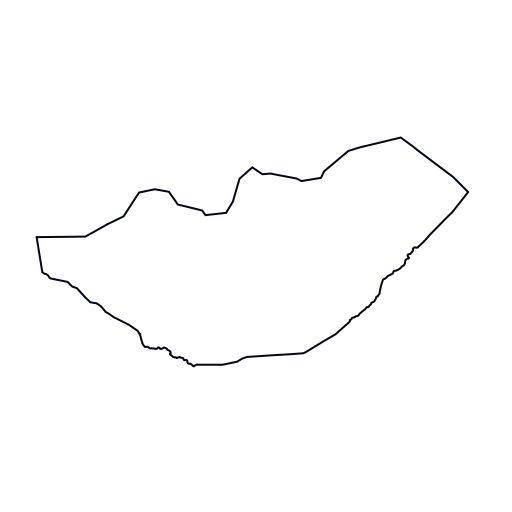 Santa Lucía Miahuatlán, Oaxaca, Mexico (Robinson projection), rotated 85°
{"feature_id": "50627088B60870916412077", "entity_name": "Santa Lucía Miahuatlán", "entity_type": "district", "adm_level": 2, "iso_a3": "MEX", "parent_name": "Mexico", "parent_adm1": "Oaxaca", "projection": "robinson", "projection_center": [-96.604, 16.179], "detail": "fine", "context": "isolated", "style": "outline", "palette": "ink", "viewbox_px": 512, "rotation_deg": 85, "n_neighbors": 0, "source": "geoboundaries", "source_scale": "gbopen_adm2", "svg_char_len": 3397}
<svg xmlns="http://www.w3.org/2000/svg" viewBox="0 0 512 512"><g transform="rotate(85 256 256)"><path d="M210.8,39.1L194.7,52.5L165.3,85.2L160.4,90.3L150.6,101.5L156.8,143.0L159.4,154.9L177.5,180.7L183.8,184.5L185.3,204.2L182.4,208.7L177.8,225.0L175.1,234.6L175.1,242.5L167.4,252.0L177.6,265.7L199.8,274.3L210.4,282.0L210.9,302.8L206.0,305.6L197.9,329.4L184.4,337.2L180.7,351.1L182.6,367.0L205.0,384.5L211.3,401.0L221.8,424.3L218.1,472.9L253.2,470.3L253.5,470.3L255.4,468.1L255.6,466.8L257.2,464.9L259.4,463.7L260.4,462.8L265.4,445.9L268.3,443.6L270.4,441.7L272.6,437.1L282.0,430.0L287.7,425.0L289.2,419.0L292.3,415.2L294.8,413.2L298.5,410.8L300.6,407.7L304.4,403.2L304.5,403.1L313.6,388.4L320.3,380.3L323.5,378.9L323.7,378.3L323.8,378.1L325.2,378.3L326.1,378.0L327.2,377.8L328.5,377.8L329.4,377.4L330.1,377.4L331.2,377.1L332.2,376.8L333.3,376.8L334.1,376.3L335.3,375.8L336.4,374.9L337.1,374.3L337.0,373.8L336.9,373.6L336.9,373.1L336.9,372.4L337.4,371.3L338.2,370.5L338.8,369.7L338.9,368.7L338.8,367.9L339.1,367.2L339.1,366.2L339.6,365.2L339.4,364.9L339.7,364.3L339.7,363.8L339.8,363.1L339.5,362.3L339.0,361.9L338.6,361.6L338.6,360.9L338.8,360.4L339.4,360.0L340.3,359.2L340.3,358.4L340.0,357.3L339.5,356.4L339.2,355.5L339.4,354.9L340.0,353.9L340.5,353.1L341.3,352.7L341.9,352.1L342.5,351.0L343.2,350.1L343.8,349.6L344.4,349.4L344.8,349.6L345.4,350.0L346.3,350.1L346.4,349.5L347.3,349.5L347.9,348.7L348.8,347.9L349.4,347.4L349.6,346.6L350.0,345.9L349.9,345.1L349.9,344.6L350.6,344.1L350.7,343.4L350.4,342.8L350.2,342.0L350.3,341.3L350.0,340.8L350.4,340.3L350.7,339.7L350.9,339.0L351.0,338.6L351.2,338.0L351.5,337.4L352.5,337.2L353.3,336.8L353.6,336.0L353.5,335.1L353.6,334.4L354.0,333.7L354.8,333.6L355.7,333.6L356.3,333.4L357.1,333.1L357.5,332.1L357.5,331.5L357.6,330.8L358.0,330.3L358.7,329.6L359.2,328.8L359.7,328.6L360.3,328.0L360.5,327.4L360.3,327.1L359.9,326.8L359.8,326.3L359.3,325.2L359.0,323.8L359.2,323.3L359.3,323.2L361.4,298.9L359.7,284.2L357.0,278.6L355.8,273.8L355.8,272.7L356.1,258.8L356.3,248.5L356.6,238.9L356.8,231.2L357.0,219.2L357.0,217.4L356.1,214.8L346.6,195.7L340.9,183.6L329.6,168.4L328.1,168.1L327.4,166.6L326.6,166.1L326.1,165.7L325.9,165.3L325.8,164.5L325.7,163.7L325.3,162.7L324.7,161.8L324.6,160.0L324.2,159.1L323.2,158.4L322.1,157.2L321.4,156.2L320.8,155.3L320.4,154.9L320.1,154.3L319.5,153.4L318.8,152.2L318.3,151.7L317.7,151.2L317.3,150.7L316.9,150.4L316.7,150.3L316.7,150.1L316.8,149.9L316.7,149.6L316.8,149.3L316.6,148.8L316.3,148.0L315.3,147.3L315.0,146.9L314.5,146.1L313.7,145.5L312.9,145.3L312.4,144.4L312.1,143.7L312.0,143.0L311.7,142.4L311.2,141.8L310.8,141.7L310.4,141.5L309.8,141.0L309.3,140.6L307.0,139.5L306.9,138.5L304.5,136.4L303.0,135.9L301.9,135.7L298.0,134.5L294.3,133.2L291.4,131.9L290.4,131.2L290.0,130.1L289.8,129.4L289.2,128.4L287.7,126.7L287.2,126.0L286.9,124.9L286.6,124.2L286.2,123.3L285.8,122.2L285.3,121.3L284.6,120.8L283.3,120.3L282.9,119.9L282.8,119.0L282.8,117.8L282.2,115.8L281.4,114.4L280.7,113.1L279.0,111.4L278.3,109.6L277.0,108.6L275.5,108.1L273.5,107.7L272.2,106.3L271.9,105.3L271.9,104.3L271.2,103.8L270.0,104.6L268.7,105.0L267.8,104.5L267.4,102.8L267.4,102.1L267.0,101.7L266.3,101.0L265.2,100.0L264.5,99.2L264.1,99.1L263.0,99.1L262.0,98.6L261.5,98.0L261.2,97.0L261.8,95.3L261.4,94.4L261.5,93.9L260.7,93.2L255.8,87.0L249.9,80.8L235.3,63.8L234.0,62.2L229.5,56.7L210.8,39.1Z" fill="none" stroke="#020617" stroke-width="2"/></g></svg>